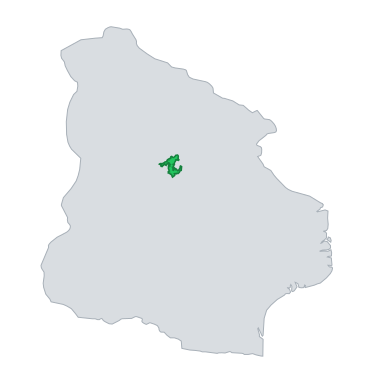 Tafawa-Balewa, Bauchi, Nigeria (highlighted), rotated 274°
{"feature_id": "59680162B48786148420785", "entity_name": "Tafawa-Balewa", "entity_type": "district", "adm_level": 2, "iso_a3": "NGA", "parent_name": "Nigeria", "parent_adm1": "Bauchi", "projection": "robinson", "projection_center": [9.578, 9.844], "detail": "fine", "context": "in_parent", "style": "filled", "palette": "green", "viewbox_px": 384, "rotation_deg": 274, "n_neighbors": 0, "source": "geoboundaries", "source_scale": "gbopen_adm2", "svg_char_len": 7965}
<svg xmlns="http://www.w3.org/2000/svg" viewBox="0 0 384 384"><g transform="rotate(274 192 192)"><path d="M323.9,51.6L336.1,70.6L338.7,84.7L339.7,91.7L341.7,92.5L345.5,92.9L348.3,94.2L350.0,96.6L351.0,98.7L351.2,100.0L350.4,108.5L349.5,111.5L350.1,115.7L349.9,117.5L349.5,118.7L347.8,120.1L345.5,121.5L340.0,125.5L338.4,126.1L336.1,126.2L334.1,127.2L331.8,129.4L326.7,137.5L322.3,145.6L319.1,158.7L315.3,162.9L314.6,166.5L314.0,174.7L313.4,177.2L312.8,177.9L308.7,179.5L306.3,181.3L304.8,185.1L303.0,197.7L302.4,199.8L301.0,202.0L298.9,204.4L297.1,205.7L292.3,206.5L287.7,216.0L287.7,217.7L285.7,226.4L282.2,232.9L282.0,237.1L277.6,242.8L275.3,246.7L277.7,250.8L277.9,251.4L270.4,258.3L269.9,259.3L269.6,264.1L269.0,265.4L267.6,267.1L265.6,269.1L263.5,270.6L261.2,271.6L259.0,272.0L257.7,271.4L257.0,269.9L255.7,264.1L255.1,262.8L253.6,261.7L247.8,255.3L244.3,253.0L243.6,253.2L243.0,253.8L242.0,257.0L241.0,258.2L239.2,258.6L236.0,258.7L233.6,258.2L233.1,257.6L232.0,255.0L224.8,260.9L222.2,262.2L219.0,269.1L214.5,272.6L211.4,275.6L203.0,285.0L201.3,287.8L199.7,291.9L196.1,309.6L190.3,320.7L189.5,323.0L189.2,322.9L188.4,323.9L186.2,323.3L185.2,321.2L183.8,320.9L181.4,317.9L180.9,318.4L183.4,326.0L182.5,329.0L175.4,329.1L169.3,330.1L165.1,330.0L163.0,328.9L162.1,326.1L161.7,326.3L161.5,327.9L160.2,329.1L155.5,329.3L153.4,327.4L151.7,325.2L149.9,324.2L150.2,325.1L152.3,327.3L152.0,330.3L148.2,333.9L145.8,334.1L144.3,332.5L143.6,330.0L143.2,326.4L142.2,323.9L141.7,323.9L142.3,328.0L142.3,331.7L144.1,334.6L141.4,335.5L138.0,335.6L137.6,334.5L137.2,332.1L136.6,331.5L135.9,335.6L129.1,336.7L128.2,336.5L128.0,335.8L128.5,334.7L128.4,332.8L126.9,334.2L126.6,337.1L125.7,337.5L123.2,337.1L120.3,335.7L115.7,332.1L110.1,326.3L109.2,323.7L107.6,320.5L104.6,311.7L105.2,311.3L106.5,311.8L107.1,310.9L104.8,310.3L104.3,309.7L104.1,307.7L104.2,305.4L107.8,304.1L108.6,302.7L109.1,301.2L104.7,303.4L100.6,300.9L99.7,299.4L100.2,298.3L104.9,298.2L106.6,297.0L105.6,296.6L103.8,296.7L103.1,295.9L103.2,294.1L102.6,294.5L101.8,296.1L99.0,297.3L97.4,296.1L97.3,293.5L96.9,292.3L95.6,291.4L90.7,284.5L84.7,278.7L79.3,274.7L71.1,272.8L54.0,272.9L53.1,272.3L54.1,271.4L55.6,270.8L61.1,267.6L60.2,267.1L54.5,269.2L52.5,269.3L50.0,273.2L33.2,274.1L33.2,272.3L34.0,267.2L35.0,263.7L33.9,259.4L33.6,255.5L34.4,254.3L34.6,252.9L34.5,243.0L35.4,241.5L35.4,240.5L33.7,236.2L33.7,233.0L33.4,229.9L32.8,228.4L33.5,216.3L33.3,213.3L33.9,211.2L34.2,206.0L34.2,200.9L35.3,192.8L42.5,191.7L44.3,188.6L45.3,184.6L45.0,180.6L47.3,177.1L50.2,174.0L50.1,170.7L50.9,169.6L52.2,168.8L54.1,168.4L56.3,166.8L57.5,163.8L58.7,159.1L56.8,155.8L56.9,155.1L57.6,153.3L58.7,151.5L59.6,151.0L61.7,151.4L62.4,150.7L63.8,145.5L63.7,144.1L61.7,140.6L60.7,131.2L60.2,130.0L58.7,128.3L54.7,121.6L54.8,118.5L56.5,114.5L57.6,112.5L59.1,111.4L59.5,110.5L59.0,109.4L58.2,108.5L58.1,106.7L58.8,104.2L58.6,101.4L59.1,87.2L62.4,84.4L67.2,79.8L69.6,74.9L70.9,71.3L72.6,59.1L75.1,57.8L79.9,53.3L86.4,50.7L90.6,49.9L97.9,50.4L101.7,50.0L104.9,47.6L106.3,46.9L108.3,46.5L126.7,52.8L128.4,52.5L129.8,53.0L132.1,54.7L137.5,60.6L143.1,69.7L144.9,71.6L146.7,72.7L148.5,73.1L149.8,73.0L151.1,72.1L152.9,70.3L155.6,69.6L157.8,69.7L169.3,62.7L170.4,62.6L177.4,64.1L187.0,71.2L194.9,75.7L200.4,77.3L206.8,78.4L217.9,78.7L226.2,68.9L229.3,66.7L233.0,64.8L240.7,62.9L253.5,61.7L265.6,62.2L273.1,63.9L281.0,67.1L284.4,70.2L289.7,70.7L293.5,70.1L294.8,67.1L298.6,63.1L304.4,59.3L309.0,56.7L312.9,55.6L316.3,52.6L319.1,51.7L323.9,51.6ZM155.9,333.2L153.3,334.2L151.6,333.9L154.0,329.9L155.1,330.8L156.6,331.1L155.9,333.2Z" fill="#d9dde1" stroke="#a8b0b8" stroke-width="1"/><path d="M223.3,166.6L223.2,166.2L222.9,166.0L222.7,165.9L222.6,166.0L222.6,165.4L222.1,165.1L221.9,164.9L221.5,164.8L221.3,164.9L221.3,165.0L221.0,165.0L221.0,164.9L220.9,164.7L220.6,164.5L220.4,164.4L220.4,164.2L220.2,163.7L220.2,163.1L219.5,162.4L219.1,161.8L218.7,161.3L218.3,160.9L218.3,160.3L218.4,160.1L218.1,159.8L218.0,159.7L217.9,159.0L218.2,158.7L218.1,158.3L217.9,157.9L217.5,157.4L217.4,157.4L217.4,157.5L217.5,157.8L217.5,158.1L217.3,158.3L216.9,158.6L216.7,159.2L216.1,159.1L215.7,159.4L215.4,159.4L215.3,160.5L215.5,160.6L215.8,160.6L215.8,160.8L216.0,161.0L216.1,160.9L216.1,161.0L216.5,161.2L216.5,161.3L216.6,161.6L216.8,161.6L216.9,161.8L216.9,162.0L217.2,162.3L217.4,162.3L217.5,162.4L217.6,162.5L217.8,162.8L218.0,162.9L217.9,163.0L217.7,163.1L217.5,163.3L217.4,163.4L217.2,163.7L217.0,163.8L216.8,164.3L217.4,164.4L217.6,164.4L217.6,164.5L217.8,164.5L218.0,164.7L218.4,165.3L218.4,165.5L218.3,165.9L218.4,166.1L218.6,166.1L218.8,166.2L219.2,166.2L219.6,166.1L219.7,166.4L219.7,166.5L219.4,167.1L219.1,167.4L218.9,167.4L218.8,167.5L218.2,166.8L218.2,167.2L218.1,167.4L217.8,167.4L217.7,167.4L217.7,167.5L217.5,167.2L217.3,167.3L217.3,167.5L217.1,167.7L216.7,168.0L216.7,167.8L216.5,167.4L216.5,167.1L216.5,166.8L216.5,166.7L216.2,166.6L215.9,166.7L215.9,167.0L215.7,167.2L215.3,167.0L214.9,167.0L214.6,166.9L214.5,166.7L214.3,166.7L213.9,166.8L213.2,167.0L212.8,167.3L212.5,167.4L212.3,167.5L212.0,167.5L211.7,167.6L211.3,168.0L211.2,167.9L210.9,167.5L210.9,167.4L210.7,166.9L210.4,166.9L210.1,166.9L209.7,167.0L209.3,167.0L209.3,167.3L209.4,167.6L209.0,168.0L209.1,168.4L209.1,168.5L208.7,168.6L208.6,168.9L208.5,169.1L208.4,169.5L208.2,169.6L208.2,169.8L207.9,169.9L207.7,170.3L207.4,170.7L207.3,170.8L207.1,170.8L206.7,170.8L206.4,171.0L205.7,171.3L205.5,171.5L205.4,171.6L205.5,171.7L205.7,171.9L205.9,172.0L206.2,172.2L206.3,172.3L206.4,172.5L206.5,172.5L206.7,172.8L206.8,172.9L207.0,173.4L207.2,173.5L207.4,173.6L208.6,173.6L208.9,173.2L209.0,173.1L209.1,173.3L209.2,173.6L209.2,173.8L209.3,173.9L209.2,174.2L209.2,174.3L209.1,174.5L209.0,175.0L209.3,175.3L209.2,175.6L209.8,175.9L210.2,176.2L209.7,176.1L209.5,176.9L210.8,178.1L212.0,178.2L212.2,178.5L212.2,178.8L212.8,179.8L216.6,179.9L217.2,178.8L216.8,178.4L216.1,178.6L215.9,178.8L215.6,178.6L215.4,178.4L215.1,178.2L214.9,178.1L214.7,178.1L214.4,178.2L214.4,177.9L213.9,177.8L213.8,177.7L213.7,177.6L213.4,177.5L213.0,177.1L212.7,176.9L212.6,176.7L212.4,176.5L212.2,176.3L212.3,176.2L212.7,175.8L212.8,175.6L213.0,175.4L213.0,175.2L213.1,174.9L213.2,174.7L213.1,174.4L213.4,174.4L213.4,174.5L213.6,174.7L213.7,174.8L213.9,174.5L213.9,174.4L214.1,174.2L214.0,173.9L214.1,173.5L214.2,173.4L214.4,173.3L214.5,173.1L214.7,172.9L214.8,172.9L215.0,172.6L214.8,172.5L214.7,172.4L214.6,172.5L214.3,172.8L214.1,172.6L214.0,172.4L213.9,172.3L213.6,172.2L213.4,172.2L213.3,172.3L213.2,172.5L212.7,172.3L212.3,172.1L212.4,171.8L212.5,171.6L212.6,171.4L212.9,171.6L213.0,171.6L213.4,171.5L213.5,171.5L213.8,171.6L213.9,171.4L214.0,171.3L214.3,171.3L214.3,171.5L214.5,171.5L214.8,171.5L215.1,171.5L215.4,171.0L215.6,171.4L215.7,171.5L215.8,171.6L216.1,171.6L216.4,171.7L216.8,171.9L217.2,171.7L217.1,171.9L217.3,172.0L217.6,172.2L217.7,172.3L217.8,172.3L218.1,172.2L218.3,172.1L218.5,172.1L218.6,171.9L218.7,172.1L218.8,172.2L218.8,172.3L219.0,172.2L219.2,172.3L219.3,172.3L219.4,172.2L219.3,172.4L220.0,172.6L220.5,172.6L220.8,172.8L221.1,173.0L221.3,173.2L221.5,173.3L221.8,173.4L222.0,173.4L222.3,173.4L222.5,173.4L222.8,173.4L222.9,173.7L223.0,173.7L223.0,173.8L222.9,174.0L222.9,174.3L223.0,174.4L222.9,174.5L223.0,174.6L222.9,174.6L222.9,174.8L222.8,175.1L222.9,175.3L222.8,175.5L222.7,175.8L222.6,176.0L222.8,176.1L222.9,176.3L222.9,176.5L223.0,176.5L223.4,176.6L223.5,176.3L223.6,176.1L223.8,176.0L225.5,175.8L225.6,175.7L225.9,175.8L226.4,175.9L226.6,175.8L227.1,175.7L227.6,175.4L227.9,174.9L227.9,174.7L227.7,174.2L227.4,173.4L227.4,173.1L227.0,172.9L226.7,172.8L226.3,172.6L226.0,172.1L225.9,172.0L225.2,171.4L225.1,171.1L225.2,170.5L225.2,170.3L225.3,170.2L225.6,170.0L225.8,169.7L226.0,169.5L226.1,169.3L226.0,168.9L225.8,168.5L225.4,168.5L225.1,168.5L225.0,168.4L224.5,168.3L224.3,168.5L224.1,168.4L224.1,168.1L223.9,168.1L223.9,167.7L224.0,167.5L223.8,167.2L223.7,167.0L223.4,166.8L223.4,166.7L223.3,166.6Z" fill="#22c55e" stroke="#15803d" stroke-width="1.5"/></g></svg>